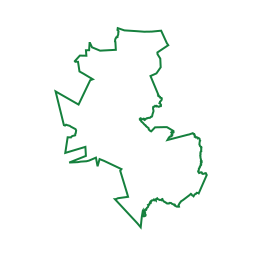 Dr. Belisario Domínguez, Chihuahua, Mexico, rotated 346°
{"feature_id": "50627088B53231411399009", "entity_name": "Dr. Belisario Domínguez", "entity_type": "district", "adm_level": 2, "iso_a3": "MEX", "parent_name": "Mexico", "parent_adm1": "Chihuahua", "projection": "orthographic", "projection_center": [-106.401, 27.994], "detail": "fine", "context": "isolated", "style": "outline", "palette": "green", "viewbox_px": 256, "rotation_deg": 346, "n_neighbors": 0, "source": "geoboundaries", "source_scale": "gbopen_adm2", "svg_char_len": 5866}
<svg xmlns="http://www.w3.org/2000/svg" viewBox="0 0 256 256"><g transform="rotate(346 128 128)"><path d="M66.5,109.7L67.5,110.4L68.7,109.8L69.5,110.4L72.0,111.8L72.8,112.8L76.8,116.4L77.1,117.8L76.0,120.4L75.6,120.6L75.0,122.3L74.6,122.4L73.4,122.3L72.6,122.3L71.5,122.5L71.0,122.9L70.3,123.1L70.2,123.3L67.2,122.4L61.1,137.0L82.1,136.0L80.4,144.9L62.6,147.3L71.1,149.0L74.1,149.2L79.6,150.2L82.3,150.2L89.7,149.0L89.2,157.8L92.9,151.3L96.8,154.1L111.7,166.3L110.1,167.6L111.3,191.0L111.4,194.8L101.3,193.7L99.2,194.1L98.1,193.9L114.0,222.7L116.3,227.4L119.8,217.8L122.4,211.8L122.5,211.7L122.4,212.3L121.7,214.5L121.7,215.2L121.6,215.5L121.5,216.1L121.4,216.4L121.5,217.2L122.0,217.6L123.4,217.4L123.6,217.4L124.1,216.7L123.7,216.2L123.6,215.2L124.0,214.9L124.1,214.6L123.8,213.7L123.8,213.1L123.6,212.8L123.6,212.7L123.8,212.5L124.3,212.6L124.7,211.5L125.2,211.1L125.6,211.1L126.0,211.6L126.9,210.2L127.3,209.9L128.0,209.7L128.5,209.2L128.7,208.8L128.9,208.0L129.3,207.7L129.1,207.4L129.5,207.3L129.8,207.6L130.1,207.6L130.5,206.7L131.1,205.9L131.4,206.0L131.5,206.3L131.8,206.4L132.1,206.1L132.1,205.8L131.9,205.3L131.9,205.0L132.3,204.9L132.4,204.6L132.9,204.6L133.1,204.2L133.4,204.1L133.9,204.0L134.3,204.2L134.8,204.1L135.6,204.3L135.8,203.8L135.9,203.7L136.5,204.6L137.0,204.3L137.5,205.0L137.7,204.0L137.9,204.0L138.3,203.6L138.8,203.5L139.3,203.3L139.4,203.6L139.5,204.1L140.3,204.6L140.6,204.9L141.3,205.5L142.7,205.7L143.0,205.9L143.0,206.2L143.1,206.3L143.4,206.2L143.7,205.4L143.9,205.2L144.2,205.2L144.3,205.7L144.1,206.2L144.1,206.4L144.7,207.3L145.0,208.0L145.3,208.3L145.6,208.4L145.8,208.8L146.5,209.2L146.6,209.6L147.4,210.3L147.6,210.7L148.0,210.8L148.3,210.8L149.4,211.2L150.1,210.7L151.5,211.1L151.9,211.5L152.1,212.0L153.6,213.1L153.7,213.4L154.5,213.4L154.9,213.7L154.7,214.7L155.3,215.1L155.9,215.8L156.5,216.2L157.6,216.4L158.3,216.7L158.5,216.7L158.5,216.3L158.1,215.7L158.2,215.3L158.8,214.7L159.7,213.6L160.2,213.2L160.8,212.9L161.4,212.1L164.0,211.2L171.7,207.9L173.1,207.1L173.5,207.6L174.0,208.9L174.8,209.6L175.1,210.1L176.7,208.5L177.9,208.4L178.5,207.8L178.9,207.6L179.0,207.8L179.6,207.8L180.3,208.0L180.5,208.1L180.8,208.5L193.0,192.7L192.7,192.3L192.8,190.9L192.5,190.6L191.9,190.5L191.0,190.7L189.6,190.7L189.0,190.3L188.9,190.0L188.9,189.2L188.7,188.8L187.5,188.6L186.8,188.9L186.2,188.9L186.2,188.5L185.9,188.3L185.5,187.3L185.6,186.9L186.1,186.8L186.3,186.5L186.4,186.0L186.5,185.7L186.9,185.1L187.0,184.7L187.0,184.4L187.7,184.1L187.9,183.7L188.4,183.3L188.4,183.0L188.5,183.0L188.9,182.6L189.2,181.7L190.0,181.6L190.2,181.2L190.0,180.3L190.0,180.0L190.1,179.8L190.6,179.3L190.6,178.9L191.1,179.2L191.3,178.9L191.1,178.4L191.3,178.1L191.3,177.8L191.4,177.7L191.0,177.0L191.2,176.0L191.1,175.1L191.2,174.0L191.4,173.5L191.3,173.1L191.5,172.6L191.4,172.2L191.5,171.8L191.8,171.6L192.0,171.3L192.0,170.8L192.2,170.3L192.1,169.9L192.4,169.6L192.5,168.9L193.0,168.5L193.4,168.4L193.4,167.8L193.6,167.6L193.6,167.1L194.0,166.3L194.0,166.0L194.1,165.8L194.1,165.5L194.4,165.0L194.2,164.8L194.5,164.3L194.5,164.0L194.0,163.7L193.6,163.1L193.4,162.5L193.5,162.0L193.4,161.5L193.3,161.1L193.6,160.4L193.9,159.5L194.2,158.8L194.6,158.0L194.9,157.8L194.7,157.2L194.7,156.6L194.8,156.2L194.8,155.9L194.8,155.7L194.3,155.0L193.6,154.6L193.4,154.7L193.4,154.4L192.9,154.2L192.6,153.6L192.1,153.5L191.9,153.6L191.7,153.3L191.4,153.4L191.2,153.0L190.8,152.8L191.0,152.5L190.8,152.2L191.0,151.9L190.8,151.7L190.7,151.4L190.9,151.1L191.0,150.8L190.8,150.4L190.8,149.9L190.2,149.8L190.0,149.6L190.0,149.2L189.6,148.7L185.4,149.1L185.0,149.0L163.4,149.2L164.1,148.5L164.9,147.7L165.0,147.5L166.4,146.5L167.1,146.7L167.3,146.7L167.5,146.4L168.3,146.4L169.0,145.9L169.4,145.5L169.4,145.3L168.7,144.8L169.1,144.2L169.4,143.3L169.0,142.7L169.6,142.4L170.0,142.4L170.1,142.5L170.1,143.1L170.3,143.3L170.8,143.5L171.0,143.4L171.2,143.2L171.3,142.8L171.3,142.3L171.2,142.0L171.3,141.8L166.0,136.6L164.6,136.2L154.4,133.9L149.7,136.9L149.0,136.4L148.2,135.0L147.8,134.6L147.9,133.5L147.7,133.1L147.8,133.0L146.7,131.5L146.4,131.4L146.0,130.6L145.8,130.4L145.9,130.1L145.6,129.5L145.4,129.3L144.9,128.9L143.5,126.2L142.6,125.1L142.2,123.8L141.6,122.9L142.1,122.5L141.9,122.0L142.2,121.9L142.4,121.6L142.7,121.6L142.8,121.8L142.9,122.4L143.2,122.9L144.2,123.0L145.0,122.7L145.4,122.7L146.1,123.1L145.8,123.4L145.7,123.7L145.9,123.9L145.9,124.1L146.1,124.3L148.3,123.1L148.8,123.3L149.3,123.1L150.9,123.2L151.4,123.4L151.8,123.4L152.5,123.0L152.9,122.9L153.0,122.7L153.7,122.8L154.3,122.3L155.2,120.4L156.7,118.1L156.9,117.4L157.0,116.2L156.9,115.6L157.4,113.9L157.6,113.6L157.9,113.5L158.9,113.7L159.5,113.2L160.0,113.5L160.0,113.2L160.6,113.4L160.9,113.3L161.2,113.5L161.2,113.8L161.5,113.8L162.3,114.5L163.0,114.9L163.3,114.9L163.6,114.7L164.3,114.6L165.1,114.8L165.3,114.7L165.4,114.3L165.3,113.8L165.6,113.5L165.2,112.3L165.0,112.0L164.7,111.8L164.5,111.5L165.2,111.1L165.4,110.2L166.4,109.7L167.5,108.8L167.6,108.6L167.7,107.6L167.9,107.4L167.8,107.0L167.4,106.9L167.2,106.7L166.6,106.4L166.6,105.5L166.0,105.2L165.9,104.8L165.6,104.7L165.2,104.3L165.5,103.9L165.3,103.6L165.2,103.4L165.5,103.3L162.4,83.0L168.8,81.9L174.4,77.0L176.1,68.5L174.5,63.5L174.8,61.8L187.1,57.4L186.2,55.0L183.7,41.6L174.3,40.2L167.0,38.5L160.0,36.2L148.1,32.4L142.2,28.6L142.1,28.8L142.2,29.0L142.0,29.3L141.9,29.7L141.6,30.0L141.6,30.4L141.5,30.7L141.7,31.0L142.0,31.2L142.1,31.4L142.2,31.7L142.1,32.5L141.5,33.3L141.4,34.1L141.0,35.2L140.2,36.0L140.0,36.6L139.9,37.2L139.6,37.3L139.4,37.2L139.2,37.0L138.9,37.2L138.5,37.2L138.2,37.7L137.6,38.1L136.9,39.3L136.3,41.0L136.6,41.4L135.1,49.2L119.6,46.2L112.6,41.0L111.7,36.3L111.3,36.2L109.1,43.1L106.0,42.4L105.1,47.8L98.8,46.1L91.9,50.7L92.4,50.6L93.2,51.1L93.9,51.0L95.0,51.6L95.5,51.7L94.6,61.4L98.0,64.6L105.6,72.2L102.9,72.5L85.7,93.3L66.6,75.0L66.5,109.7Z" fill="none" stroke="#15803d" stroke-width="2"/></g></svg>